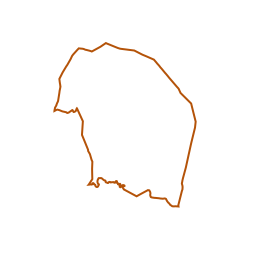 outline of Juchitán, Guerrero, Mexico, rotated 41°
{"feature_id": "50627088B83816556516", "entity_name": "Juchitán", "entity_type": "district", "adm_level": 2, "iso_a3": "MEX", "parent_name": "Mexico", "parent_adm1": "Guerrero", "projection": "robinson", "projection_center": [-98.669, 16.586], "detail": "fine", "context": "isolated", "style": "outline", "palette": "amber", "viewbox_px": 256, "rotation_deg": 41, "n_neighbors": 0, "source": "geoboundaries", "source_scale": "gbopen_adm2", "svg_char_len": 4141}
<svg xmlns="http://www.w3.org/2000/svg" viewBox="0 0 256 256"><g transform="rotate(41 128 128)"><path d="M130.9,63.8L126.1,63.1L124.0,62.7L122.1,62.4L120.9,62.2L119.9,62.1L118.7,61.9L116.3,61.5L115.8,61.4L113.7,61.1L112.7,61.0L111.8,60.8L110.9,60.6L110.2,60.5L108.7,60.3L107.7,60.2L106.7,60.0L102.7,59.4L94.7,61.9L90.8,63.2L81.9,65.4L70.7,72.9L69.5,73.6L69.4,73.6L67.8,74.3L64.6,75.4L60.8,76.7L59.3,77.2L56.4,78.2L55.6,78.4L54.9,81.0L53.9,84.8L50.5,94.0L50.1,94.1L48.3,94.9L45.1,96.5L44.5,96.9L43.1,97.3L42.0,97.8L38.6,100.2L38.5,102.8L38.4,108.3L38.5,110.2L39.5,113.7L40.8,120.2L41.0,122.1L42.2,128.9L44.0,136.0L46.1,137.9L47.6,139.2L48.5,139.9L49.4,140.8L49.6,140.8L50.0,141.3L50.6,142.3L52.0,144.8L53.2,146.6L54.7,149.0L56.7,152.2L57.5,153.5L57.8,154.3L58.2,155.8L58.9,157.7L59.1,157.9L59.6,160.5L61.0,163.0L61.3,163.4L61.6,162.6L62.1,161.3L62.4,160.8L62.7,160.4L63.4,160.1L64.4,159.6L65.8,159.1L66.8,158.8L67.8,158.4L69.6,157.4L71.0,156.7L71.3,156.6L72.0,156.6L72.3,156.5L72.6,156.1L72.9,155.6L73.1,155.3L73.3,154.5L73.5,153.7L73.7,152.9L74.0,152.1L74.1,151.3L74.2,151.0L74.4,150.9L74.5,150.9L74.7,151.0L74.9,151.1L75.5,151.3L75.8,151.4L76.3,151.6L76.5,151.6L76.7,151.4L77.0,150.8L77.4,149.8L77.4,149.5L77.3,149.2L77.0,148.3L76.7,147.3L76.5,147.0L76.5,146.7L76.9,146.8L89.5,152.5L97.8,163.4L103.8,166.4L112.1,170.6L113.0,171.5L116.4,172.7L121.2,175.8L123.2,176.8L127.8,182.5L134.6,190.0L135.5,196.4L135.5,196.6L135.9,196.2L136.1,195.9L136.3,195.6L136.8,195.2L137.3,194.7L137.7,194.5L137.8,194.3L137.9,194.1L138.0,193.9L137.9,193.8L137.7,193.6L137.6,193.4L137.5,193.2L137.6,192.8L137.8,192.6L138.0,192.4L138.4,192.4L138.6,192.4L138.9,192.4L139.1,192.5L139.3,192.6L139.6,192.7L139.8,192.7L140.1,192.5L140.4,192.4L140.6,192.4L140.7,192.5L140.8,192.6L141.0,192.7L141.3,192.9L141.5,193.1L141.8,193.2L142.7,193.2L143.0,193.1L143.4,192.8L143.6,192.4L143.7,192.1L143.7,191.7L143.5,191.1L143.3,190.4L143.3,190.0L143.2,189.8L143.0,189.7L142.8,189.6L142.3,189.8L141.9,189.7L140.6,189.0L140.1,188.5L139.5,187.6L139.2,187.0L139.1,186.4L138.9,185.9L138.8,185.4L138.8,185.1L138.9,184.9L139.3,184.6L139.7,184.2L140.0,184.0L140.2,183.7L140.5,183.5L140.7,183.4L140.8,183.3L141.0,183.2L141.8,183.2L142.9,183.2L144.3,183.1L144.8,182.9L145.0,182.7L145.5,182.6L145.8,182.8L146.4,183.2L146.6,183.4L146.9,183.4L147.1,183.4L147.3,183.4L147.6,183.2L147.9,183.0L148.3,182.9L148.6,182.9L148.8,182.8L149.0,182.6L149.1,182.3L149.1,181.9L149.1,181.3L149.2,181.1L149.3,181.1L149.6,180.8L149.8,180.7L150.0,180.6L150.2,180.4L150.5,180.5L150.7,180.4L150.9,180.2L151.1,179.9L151.3,179.6L151.7,179.2L152.0,178.9L152.3,178.7L152.5,178.4L152.8,178.3L152.9,178.2L153.5,178.3L154.1,177.8L154.2,177.4L154.2,177.2L153.9,176.8L153.8,176.3L153.9,175.8L154.0,175.7L154.4,175.5L154.6,175.5L155.0,175.9L155.3,176.2L155.6,176.4L155.8,176.6L156.0,176.5L156.3,176.4L156.5,176.3L156.9,176.4L156.9,176.6L157.1,176.8L157.3,177.0L157.5,177.0L158.0,176.8L158.2,176.4L158.2,176.2L158.4,175.6L158.5,175.5L158.6,175.4L158.8,175.4L158.9,175.5L159.0,175.7L159.1,176.0L159.1,176.4L159.2,176.6L159.4,176.9L159.8,177.2L160.0,177.5L160.3,177.8L160.6,177.8L160.8,177.8L161.0,177.8L161.1,177.6L161.2,177.1L161.3,176.5L161.0,175.4L161.1,175.2L161.5,174.6L161.9,174.2L162.3,173.9L162.7,173.9L163.1,173.8L163.3,173.9L163.4,174.0L163.3,174.3L163.2,174.4L162.9,174.7L162.8,174.8L162.6,175.2L162.6,175.6L162.7,176.1L162.9,176.4L163.1,176.5L163.5,176.6L164.2,176.6L164.4,176.7L164.6,176.8L164.8,177.0L165.1,177.1L179.3,173.9L180.7,170.0L183.8,161.8L185.0,161.1L186.8,161.8L187.8,162.6L188.7,164.0L189.5,164.6L190.5,165.1L191.5,164.8L193.6,163.5L194.9,162.5L196.2,161.6L197.6,160.6L198.5,160.1L200.7,158.5L202.0,157.0L203.1,156.6L205.4,157.5L207.2,157.9L208.6,157.9L209.1,158.0L210.0,158.3L210.8,158.2L212.0,158.1L212.8,158.0L213.3,157.6L214.0,157.1L214.7,156.4L215.1,156.0L216.4,155.0L217.1,154.4L217.6,154.1L217.0,153.5L216.7,153.4L210.1,140.4L209.3,138.5L207.9,136.7L206.9,135.8L205.1,134.6L204.0,132.7L203.5,131.9L202.5,130.0L197.6,119.9L191.7,109.1L185.6,97.9L178.3,83.7L174.9,78.8L167.3,73.5L159.6,68.1L144.7,67.1L140.3,65.1L137.7,64.8L130.9,63.8Z" fill="none" stroke="#b45309" stroke-width="2"/></g></svg>